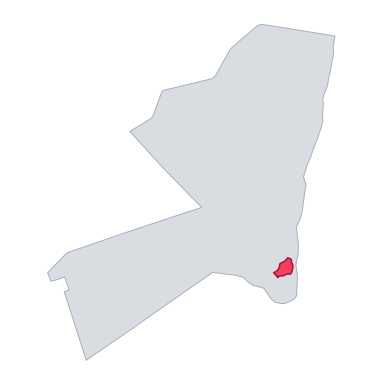 Jordan, with Ajlun highlighted, rotated 179°
{"feature_id": "JOR-855", "entity_name": "Ajlun", "entity_type": "Province", "adm_level": 1, "iso_a3": "JOR", "parent_name": "Jordan", "parent_adm1": "", "projection": "albers", "projection_center": [35.755, 32.279], "detail": "fine", "context": "in_parent", "style": "filled", "palette": "rose", "viewbox_px": 384, "rotation_deg": 179, "n_neighbors": 0, "source": "natural_earth", "source_scale": "10m", "svg_char_len": 1800}
<svg xmlns="http://www.w3.org/2000/svg" viewBox="0 0 384 384"><g transform="rotate(179 192 192)"><path d="M103.7,78.7L110.9,80.3L115.0,84.1L121.9,94.5L132.5,97.6L136.9,100.5L142.7,106.0L149.9,108.0L172.6,111.3L190.5,99.4L205.6,89.3L222.6,77.8L234.2,70.0L254.0,56.5L266.9,48.0L283.9,36.7L300.7,25.6L305.9,42.9L311.0,59.8L316.3,77.4L321.5,94.4L316.5,96.2L320.9,109.2L327.4,107.0L334.5,105.2L337.8,113.6L328.3,123.3L318.7,132.8L316.4,133.9L303.6,138.1L277.4,146.6L259.8,152.3L237.2,159.4L218.5,165.3L199.9,171.1L182.6,176.4L192.7,187.1L208.0,203.3L218.3,214.1L230.5,228.0L241.4,240.4L253.0,253.6L245.2,258.3L232.1,266.0L230.8,267.3L229.7,268.8L224.5,282.2L220.4,292.7L218.9,294.1L200.5,298.2L181.9,302.3L170.1,304.9L166.7,307.6L159.1,320.7L151.2,334.3L138.0,345.4L123.2,357.6L119.6,358.4L108.9,356.6L90.6,353.4L72.9,350.2L60.8,348.1L46.2,345.4L48.4,335.1L47.8,329.5L51.4,311.2L53.5,302.6L54.6,296.2L59.7,283.3L59.1,279.1L60.2,264.2L59.7,261.3L62.1,253.1L66.4,241.4L70.6,231.2L72.1,226.7L76.4,217.0L80.2,205.2L78.3,198.7L77.7,197.4L79.2,190.0L79.2,189.9L81.1,177.8L82.1,171.2L84.4,162.6L88.4,155.2L86.6,137.9L86.9,128.6L89.4,117.9L88.0,105.5L89.2,87.8L89.5,86.1L90.9,84.0L92.0,82.8L100.2,79.2L103.7,78.7Z" fill="#d9dde1" stroke="#a8b0b8" stroke-width="1"/><path d="M97.6,124.4L95.8,124.0L94.7,123.6L93.6,122.2L93.9,121.4L94.0,120.9L93.8,120.3L92.9,118.1L92.5,116.8L92.4,115.6L93.4,110.7L93.9,109.5L94.5,108.6L95.5,108.2L96.6,108.2L98.3,108.3L99.9,107.8L101.9,106.7L103.0,106.5L105.0,106.6L106.0,106.4L106.8,105.9L107.3,105.3L107.8,105.0L108.2,105.2L108.5,106.2L108.9,106.8L110.2,107.9L111.6,109.9L110.2,110.7L109.5,111.0L108.4,111.7L107.4,112.8L106.3,114.6L105.8,115.9L105.6,117.0L105.7,117.7L105.5,118.4L104.9,119.1L100.4,121.2L97.6,124.4Z" fill="#f43f5e" stroke="#9f1239" stroke-width="1.5"/></g></svg>